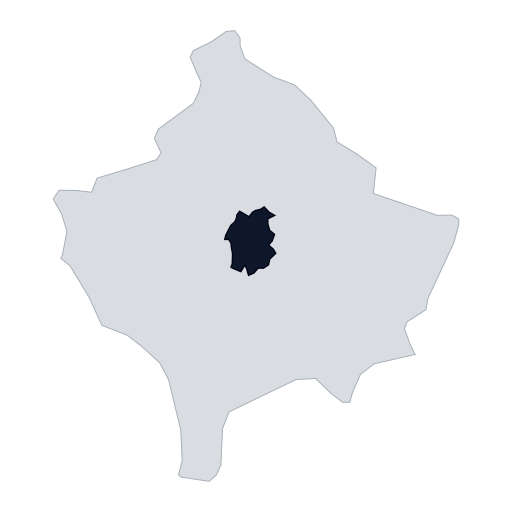 where Glogovac sits in Kosovo
{"feature_id": "KOS-5899", "entity_name": "Glogovac", "entity_type": "District", "adm_level": 1, "iso_a3": "XKX", "parent_name": "Kosovo", "parent_adm1": "", "projection": "albers", "projection_center": [20.868, 42.604], "detail": "fine", "context": "in_parent", "style": "filled", "palette": "ink", "viewbox_px": 512, "rotation_deg": 0, "n_neighbors": 0, "source": "natural_earth", "source_scale": "10m", "svg_char_len": 1501}
<svg xmlns="http://www.w3.org/2000/svg" viewBox="0 0 512 512"><path d="M127.5,169.0L156.7,159.6L161.0,152.8L154.4,138.2L158.4,129.1L193.3,103.3L199.1,91.5L201.2,82.3L196.6,72.5L190.1,57.1L193.3,50.6L211.4,41.8L226.0,31.5L234.7,30.7L240.1,38.1L240.1,45.8L244.9,58.8L255.7,65.8L273.7,77.2L294.6,84.9L311.1,100.5L333.6,128.2L337.0,141.9L357.2,154.2L376.1,167.9L373.3,193.5L437.5,215.4L451.9,215.1L458.8,219.0L458.7,224.8L453.8,242.8L428.0,298.2L425.9,309.7L407.1,321.8L404.5,328.8L410.0,344.0L415.1,354.6L414.7,354.5L374.1,363.8L360.5,374.3L352.4,392.6L349.9,402.1L342.7,402.4L330.7,393.1L315.6,378.4L295.9,379.6L229.1,411.8L222.5,428.6L220.9,465.1L216.3,475.0L209.2,481.3L181.4,477.2L178.5,474.8L182.2,460.8L180.8,430.2L168.5,379.4L159.7,362.8L141.5,346.2L127.4,335.3L101.9,325.4L89.2,297.5L70.0,265.7L60.8,258.4L62.3,255.3L67.0,231.5L61.6,214.0L53.2,199.1L59.1,190.2L76.9,190.5L91.6,192.3L97.1,178.1L127.5,169.0Z" fill="#d9dde1" stroke="#a8b0b8" stroke-width="1"/><path d="M231.0,267.2L232.3,263.8L232.6,253.6L231.4,247.5L231.0,243.0L228.6,239.4L224.8,239.4L225.8,235.2L230.7,225.6L234.8,221.9L236.5,218.2L236.8,215.1L239.6,211.3L249.1,216.8L252.5,212.3L255.5,210.5L260.4,209.4L264.1,206.9L269.2,212.3L274.6,215.4L267.8,218.8L267.8,223.8L269.6,230.3L274.5,234.4L272.1,241.0L268.5,245.1L273.3,249.2L275.7,253.3L269.7,259.1L268.5,264.8L263.6,268.1L258.2,268.1L253.9,273.0L248.6,275.3L246.7,268.8L245.0,264.9L240.8,271.6L233.4,268.5L231.0,267.2Z" fill="#0f172a" stroke="#020617" stroke-width="1.5"/></svg>